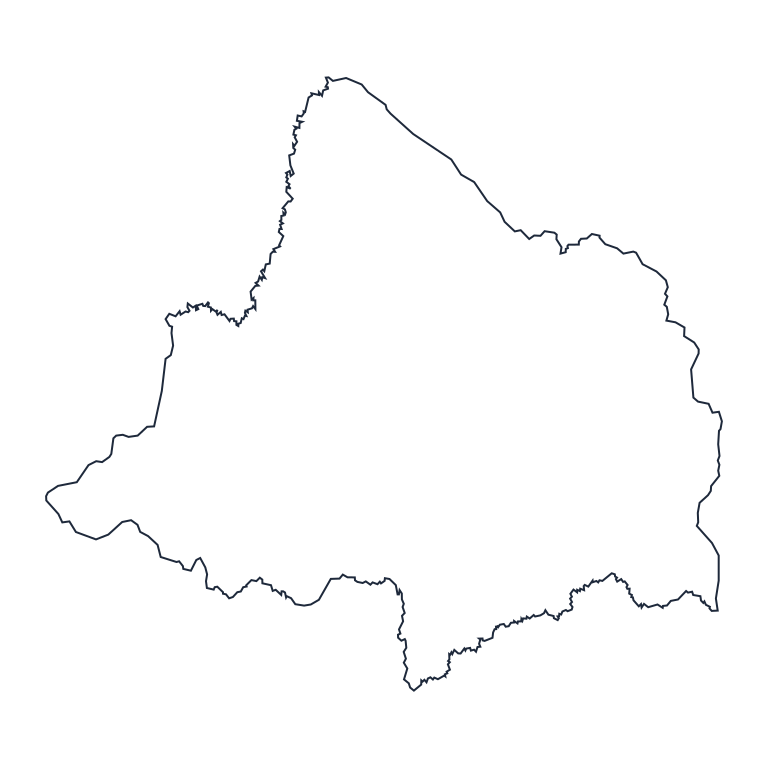 Kuchinarai, Kalasin, Thailand
{"feature_id": "78962969B96720731529484", "entity_name": "Kuchinarai", "entity_type": "district", "adm_level": 2, "iso_a3": "THA", "parent_name": "Thailand", "parent_adm1": "Kalasin", "projection": "equal_earth", "projection_center": [103.988, 16.535], "detail": "fine", "context": "isolated", "style": "outline", "palette": "slate", "viewbox_px": 768, "rotation_deg": 0, "n_neighbors": 0, "source": "geoboundaries", "source_scale": "gbopen_adm2", "svg_char_len": 6073}
<svg xmlns="http://www.w3.org/2000/svg" viewBox="0 0 768 768"><path d="M62.3,522.4L69.4,521.4L75.9,532.0L96.0,539.4L108.3,534.6L122.2,522.0L131.1,520.2L137.5,524.8L140.2,531.9L148.1,536.1L157.6,544.9L160.7,557.0L176.5,562.0L179.1,561.3L182.9,566.1L183.3,568.9L190.9,570.7L196.3,560.0L200.2,558.0L205.3,567.4L207.1,574.4L206.0,581.2L206.9,588.0L213.7,589.6L214.7,587.2L217.3,586.7L223.0,592.2L223.0,593.7L226.0,594.3L229.1,598.3L232.9,597.0L237.3,592.2L240.8,591.5L243.2,587.2L246.6,586.5L246.2,585.3L251.4,580.1L256.4,581.1L259.8,577.7L262.3,579.6L262.4,583.3L271.0,585.2L272.7,590.9L275.7,589.8L281.2,594.9L281.6,591.3L283.1,591.3L285.0,592.5L286.1,597.5L286.8,596.2L291.1,598.2L295.3,604.2L304.1,605.6L310.8,604.5L318.9,599.8L330.8,578.9L339.5,578.6L342.8,574.6L347.5,577.3L354.8,577.4L355.0,580.3L357.4,581.9L362.7,583.0L365.8,581.4L370.4,584.7L372.6,582.4L377.5,584.2L379.8,581.7L381.0,583.4L384.6,580.9L384.9,578.2L389.5,579.0L395.8,585.1L397.6,594.4L398.9,594.4L399.6,590.1L401.8,593.5L401.9,599.4L403.8,603.8L402.6,607.0L404.7,613.0L402.0,615.8L403.1,621.3L399.0,629.4L400.4,633.6L398.0,634.7L398.1,637.7L401.4,640.7L404.8,639.1L405.6,640.7L406.3,647.8L403.7,651.9L405.9,658.7L403.8,662.7L407.3,668.5L404.0,679.4L408.8,683.3L410.1,687.5L413.9,690.6L421.2,684.6L421.3,680.4L422.6,681.6L424.4,679.8L426.5,682.3L427.9,678.5L430.4,677.3L432.9,679.5L434.3,677.6L437.9,679.2L444.2,675.6L445.3,676.4L444.9,674.3L447.3,673.3L446.6,671.7L449.9,669.7L447.9,664.3L449.8,662.2L448.1,661.0L449.4,659.4L449.2,654.1L450.1,654.8L451.4,652.3L452.3,654.1L454.3,649.9L458.2,653.4L460.6,653.5L464.3,648.5L465.4,650.5L466.2,648.6L470.1,647.9L470.9,650.6L474.1,649.7L476.0,651.7L477.5,647.0L480.3,646.7L479.1,643.8L480.3,639.5L479.2,638.6L482.5,638.5L482.7,640.4L484.6,640.9L492.5,637.8L493.1,632.5L494.6,629.2L496.2,629.1L496.0,626.8L497.5,627.1L497.2,625.4L498.2,627.1L499.9,624.7L503.8,624.0L505.7,626.7L508.7,626.2L510.9,622.8L514.1,622.5L514.1,621.0L517.5,623.4L518.0,621.4L521.2,621.4L521.4,619.0L522.4,620.8L523.1,618.4L526.4,618.7L526.8,616.6L529.7,618.5L533.7,615.0L535.1,616.5L540.3,615.4L544.0,613.2L545.4,610.2L548.4,614.7L553.6,616.0L553.9,618.2L557.7,620.1L558.8,618.2L557.6,616.4L559.1,616.2L559.3,613.8L561.2,614.5L562.4,611.5L565.9,610.0L567.6,611.2L571.7,609.6L572.5,607.0L570.2,604.0L572.0,602.0L570.1,598.6L571.9,596.7L570.4,593.8L573.5,589.6L577.1,592.3L577.2,589.8L579.9,591.1L580.2,588.7L584.1,590.2L583.7,586.1L584.7,584.9L588.3,586.6L592.6,580.6L592.8,582.2L596.4,581.0L598.2,582.4L599.5,580.3L602.4,580.9L611.7,573.3L614.8,574.3L615.1,576.5L617.0,577.6L615.9,579.1L617.2,581.6L621.2,579.1L623.1,581.9L624.7,581.4L627.6,585.0L626.5,587.1L627.3,588.8L629.6,588.7L629.2,593.6L631.9,595.0L631.3,597.1L632.9,597.4L633.5,600.3L638.8,606.3L641.0,604.1L641.6,607.5L644.0,603.9L648.2,607.2L657.5,604.5L662.7,607.8L663.0,605.9L667.0,605.5L670.8,600.9L678.0,599.5L686.1,591.0L688.0,592.6L692.1,591.7L693.2,595.0L700.4,596.2L701.0,600.5L703.3,602.9L704.4,601.4L705.9,604.8L709.9,606.8L709.5,608.4L711.7,610.9L717.7,610.6L715.9,598.5L718.7,580.6L718.7,555.5L712.0,543.0L696.8,525.9L698.2,522.3L697.8,512.9L699.6,502.8L708.0,495.2L710.8,490.9L711.1,486.1L719.3,475.8L718.2,470.7L719.4,464.8L717.8,460.5L719.5,456.0L718.2,444.3L719.0,430.8L720.5,429.1L721.9,421.3L718.9,411.8L712.5,412.7L708.6,403.8L698.0,401.6L693.4,397.6L691.1,369.4L698.6,353.5L698.7,349.4L694.2,342.5L684.1,336.1L684.5,327.5L675.5,322.3L666.4,320.6L668.2,314.3L666.8,306.8L664.3,304.7L667.4,296.4L665.0,293.8L667.8,287.2L665.9,280.3L656.5,271.5L642.6,264.2L636.1,252.7L633.3,251.6L623.4,253.6L617.1,248.3L605.3,244.2L599.5,237.6L599.6,235.7L591.9,234.0L586.8,238.5L581.0,238.8L578.9,241.5L578.8,244.6L568.5,244.7L567.4,246.1L567.9,248.1L565.8,248.9L565.7,252.2L560.5,253.6L561.5,247.2L556.4,239.2L556.7,234.6L554.4,232.7L544.6,231.2L540.5,235.8L534.2,235.5L529.2,239.0L520.7,230.2L514.8,231.4L504.6,221.8L500.2,212.4L487.2,201.1L474.2,182.1L461.1,174.6L451.3,159.5L413.2,134.0L390.5,113.6L386.7,109.3L385.6,104.9L368.0,92.2L361.7,84.5L346.1,78.0L332.9,80.9L328.6,77.4L325.9,77.6L327.9,82.6L325.6,86.7L327.8,87.2L328.0,88.7L323.2,90.4L322.0,95.8L318.9,92.1L319.0,95.0L311.4,93.3L312.0,95.4L308.6,97.5L305.1,111.9L303.6,111.3L303.8,113.4L301.6,116.4L297.7,115.5L296.9,120.8L302.2,121.8L299.5,123.1L299.4,127.9L294.7,126.7L296.3,128.7L294.4,129.8L293.4,134.6L295.9,135.3L294.7,137.3L297.1,141.8L294.4,145.8L293.1,144.2L293.3,148.0L295.2,149.7L294.0,153.6L289.2,155.4L290.4,165.4L293.7,173.6L290.7,176.0L289.7,171.0L286.0,173.0L287.4,174.6L286.3,177.4L287.9,178.7L286.3,181.8L289.5,184.2L288.4,186.1L290.6,188.7L286.7,187.1L286.3,191.8L292.7,198.7L290.6,201.5L288.3,201.4L282.6,208.2L284.9,209.4L285.8,212.3L285.1,214.4L283.4,212.7L283.7,215.5L281.3,216.0L281.4,219.9L279.9,221.1L282.9,223.4L280.1,224.7L281.6,229.0L279.5,228.9L278.8,232.0L283.3,236.1L279.1,245.3L280.1,246.4L273.4,249.1L275.1,251.8L272.8,251.7L270.6,254.0L269.7,263.6L265.8,264.4L264.3,271.2L262.9,269.6L261.0,271.3L265.1,278.1L262.3,277.2L261.8,279.8L259.6,276.6L258.1,281.5L255.6,282.9L258.5,285.6L255.3,285.9L250.6,291.6L251.6,299.6L253.5,298.0L253.3,300.3L255.3,300.3L255.4,309.1L253.1,306.1L252.0,308.3L247.5,309.7L247.8,312.3L245.4,310.7L244.9,312.8L246.4,316.0L244.9,315.7L243.5,319.1L241.8,318.3L240.7,323.0L238.4,323.7L238.3,326.0L236.4,324.9L236.4,321.3L234.1,321.1L233.8,318.6L230.5,318.8L229.5,321.0L224.5,314.3L221.6,315.0L220.8,311.9L217.5,314.8L216.5,312.4L217.5,309.9L215.8,311.6L212.4,309.1L211.0,310.7L210.9,307.5L207.9,306.7L208.9,303.2L208.0,302.4L205.2,306.1L203.2,305.9L202.4,303.8L196.7,305.6L198.3,309.1L196.0,310.2L195.7,305.7L192.9,307.5L187.8,303.5L187.4,307.1L189.5,310.8L188.2,312.2L185.6,311.5L180.6,314.7L179.6,311.2L175.6,316.3L169.3,313.8L165.6,319.1L169.4,325.8L172.1,326.7L171.5,333.1L173.1,345.6L170.8,355.1L165.6,358.8L161.8,391.0L154.1,426.4L147.1,426.8L137.7,435.6L128.6,436.9L122.8,434.8L116.2,435.6L113.4,438.3L111.3,453.9L109.4,456.9L102.1,462.1L96.2,461.2L88.5,465.1L76.8,482.2L58.0,485.9L47.9,492.6L46.1,496.2L46.3,500.5L58.4,514.0L62.3,522.4Z" fill="none" stroke="#1e293b" stroke-width="2"/></svg>